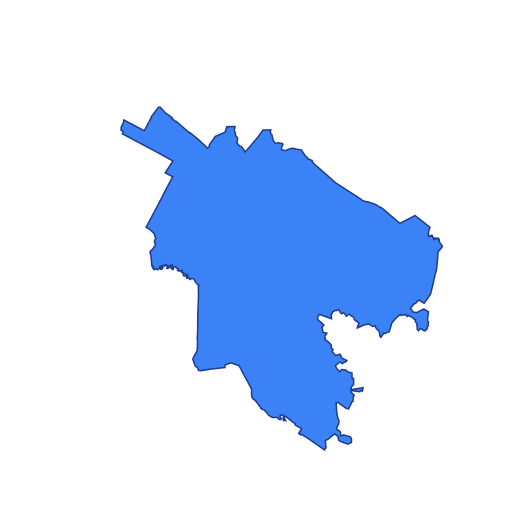 Bikstu pag., Dobele, Latvia, rotated 36°
{"feature_id": "27541924B53901275310050", "entity_name": "Bikstu pag.", "entity_type": "district", "adm_level": 2, "iso_a3": "LVA", "parent_name": "Latvia", "parent_adm1": "Dobele", "projection": "albers", "projection_center": [22.941, 56.67], "detail": "fine", "context": "isolated", "style": "filled", "palette": "blue", "viewbox_px": 512, "rotation_deg": 36, "n_neighbors": 0, "source": "geoboundaries", "source_scale": "gbopen_adm2", "svg_char_len": 6144}
<svg xmlns="http://www.w3.org/2000/svg" viewBox="0 0 512 512"><g transform="rotate(36 256 256)"><path d="M130.0,195.5L112.5,194.0L112.5,194.5L106.8,194.1L106.9,193.5L103.3,193.3L99.2,193.5L90.8,192.0L89.7,193.0L89.5,204.1L89.3,204.2L89.9,205.7L92.0,220.3L69.2,223.6L70.3,225.8L71.2,231.0L73.0,233.7L75.1,233.1L75.4,233.3L76.1,235.7L114.2,230.3L132.9,228.0L133.7,242.1L142.0,240.9L144.0,255.0L146.7,272.2L150.2,297.4L154.8,296.9L160.4,297.7L164.6,300.8L164.9,303.2L166.1,304.9L168.2,306.0L168.3,306.8L168.2,308.9L168.5,311.5L167.7,313.4L168.0,315.4L170.2,316.9L177.7,325.3L177.9,324.8L178.4,324.8L179.1,325.3L179.6,326.4L180.7,326.2L181.1,326.5L181.1,327.0L181.5,327.0L182.0,326.1L183.4,325.0L184.7,324.8L184.7,324.0L185.2,322.8L185.9,322.4L186.6,322.9L187.2,322.5L187.3,321.7L186.3,321.4L187.5,321.4L187.8,321.2L187.7,320.3L186.6,319.5L185.4,320.8L185.2,321.6L184.7,321.7L184.4,321.3L184.8,321.1L185.4,319.4L186.7,318.0L187.3,317.7L188.1,317.9L188.2,317.0L187.5,316.6L187.4,316.3L187.5,316.1L189.4,315.9L189.9,316.4L190.3,315.7L190.3,315.3L190.7,315.4L191.0,316.9L191.1,317.6L190.9,318.1L191.1,318.5L191.4,318.5L192.5,316.7L192.5,315.7L193.4,315.0L193.2,314.6L192.4,314.1L192.4,313.7L192.5,313.3L193.4,312.4L194.1,312.8L194.6,313.8L194.6,314.5L194.3,315.3L194.5,315.8L196.5,315.9L197.0,315.6L196.9,315.2L196.1,314.5L195.8,313.5L197.4,311.6L197.9,311.8L198.3,312.6L199.5,312.6L200.7,312.1L201.2,312.8L201.1,313.9L201.4,313.9L203.6,312.8L203.8,312.5L203.9,311.6L204.6,311.0L205.3,311.4L205.3,312.6L205.7,313.1L206.2,313.1L207.2,312.2L208.4,312.2L208.1,313.3L208.2,313.9L208.9,314.6L210.9,313.6L211.0,312.9L210.4,311.7L211.1,311.3L211.9,311.5L212.6,312.4L212.7,312.8L212.4,313.4L212.5,314.2L213.1,314.7L213.6,314.5L214.2,313.2L214.5,312.9L215.1,312.9L215.8,313.8L216.2,313.9L216.6,313.6L217.2,311.8L219.3,311.2L223.0,312.9L224.7,313.2L225.9,313.1L226.7,313.9L227.4,313.6L227.3,314.6L232.8,321.9L242.9,337.0L252.8,350.9L257.3,357.8L257.8,358.1L259.0,359.6L264.1,367.2L264.6,372.2L265.0,374.7L265.5,376.6L271.4,380.7L274.3,380.7L276.3,382.2L278.1,381.8L284.1,376.0L284.0,375.8L296.4,364.5L295.1,362.4L298.5,357.2L306.8,354.7L330.7,366.3L334.1,371.1L336.4,373.0L338.7,373.5L340.4,373.2L341.7,373.8L343.2,374.0L344.7,374.7L345.7,374.8L346.4,375.4L348.4,375.5L349.5,376.5L350.7,376.5L352.9,375.8L358.2,376.7L359.9,377.4L363.8,377.1L365.5,376.1L366.4,375.1L367.9,374.3L368.7,374.2L369.8,374.6L371.8,374.2L372.3,373.5L372.0,372.8L371.1,372.4L370.3,372.3L369.2,370.8L369.3,370.2L371.7,368.7L372.0,368.7L373.5,371.6L375.0,373.0L375.4,372.3L376.7,371.6L374.6,370.9L374.0,370.4L373.7,369.6L373.9,368.7L374.4,368.3L376.4,368.6L376.6,368.4L380.0,368.7L380.7,368.5L384.2,368.9L385.9,368.5L386.2,368.5L386.8,369.5L387.5,369.7L391.8,369.2L392.3,368.8L394.5,369.3L394.8,374.5L397.4,374.4L397.4,373.5L405.8,373.0L425.5,372.6L425.4,372.0L425.3,369.9L420.5,364.5L421.9,362.2L424.1,353.8L428.0,353.7L431.1,356.4L433.6,356.3L440.9,354.2L442.8,350.9L441.3,348.4L438.9,346.8L431.8,349.3L431.5,350.3L430.2,351.9L428.1,349.0L427.0,348.6L423.0,348.7L422.0,346.4L421.7,343.9L420.6,341.2L418.3,339.4L417.3,339.0L412.7,334.5L407.1,327.5L408.5,326.3L418.1,326.3L420.8,325.4L419.4,317.4L419.9,316.2L417.7,313.5L417.3,311.0L412.6,310.2L412.1,308.9L419.8,304.8L419.7,303.3L421.5,302.9L420.0,299.6L411.4,308.3L410.5,306.8L410.1,305.6L410.5,302.5L406.9,297.7L405.6,298.5L402.4,294.2L399.7,295.4L397.3,295.7L395.8,295.4L391.9,297.6L391.8,300.4L387.5,299.7L384.7,298.0L385.8,293.5L387.0,292.2L389.1,292.4L389.8,290.0L390.8,289.1L390.9,287.1L385.8,288.1L381.6,286.1L378.9,289.6L374.0,288.8L373.3,286.3L371.4,286.2L370.7,285.7L369.1,283.6L364.5,282.9L361.2,283.1L360.8,282.1L359.8,281.6L358.8,280.4L358.7,276.8L355.0,278.3L351.1,274.6L351.6,272.5L351.4,271.9L347.3,271.4L343.1,271.3L343.1,270.7L341.5,268.6L341.8,265.9L354.0,262.4L351.2,259.1L351.4,258.6L351.2,257.3L351.0,256.5L351.2,255.6L352.2,253.5L352.6,253.1L353.4,252.8L353.8,251.1L354.1,250.7L356.8,251.9L359.1,252.5L359.5,251.9L359.7,251.1L360.3,250.5L362.6,250.7L364.1,251.7L364.6,251.4L365.2,248.9L366.0,248.3L368.3,248.5L370.1,248.1L371.6,248.5L372.4,249.3L373.8,249.8L374.6,249.9L376.1,249.6L379.0,249.9L379.1,250.2L379.3,252.7L380.3,254.7L384.1,248.1L387.4,244.7L391.9,244.4L393.4,242.5L395.7,243.9L400.4,244.8L403.1,247.9L404.9,248.4L404.7,243.1L405.9,243.0L407.1,240.6L408.3,239.3L407.1,235.3L405.3,230.6L405.7,225.3L406.1,222.0L407.2,218.6L408.3,218.8L409.5,217.3L411.1,216.1L411.4,215.3L413.8,216.2L414.1,214.9L414.3,214.7L418.3,213.8L420.8,214.1L422.6,213.7L422.8,213.8L422.8,214.8L423.0,215.1L424.1,215.7L425.6,215.8L429.6,220.6L431.2,221.0L431.5,219.6L431.3,218.8L432.9,217.5L433.5,217.8L436.1,217.7L436.8,217.0L437.3,214.5L436.1,212.3L436.4,211.6L434.2,207.9L432.7,207.7L428.4,199.8L422.9,200.2L419.3,207.3L415.8,209.0L411.6,207.3L412.0,204.7L411.9,202.6L413.1,199.8L413.1,198.4L413.9,195.8L419.8,195.4L419.8,189.4L419.7,189.4L419.6,184.3L416.6,176.8L411.6,165.3L410.3,161.4L404.6,151.6L400.9,145.7L401.3,138.7L396.1,136.8L395.1,135.6L394.6,135.7L394.2,135.4L394.2,134.7L392.9,134.5L392.5,135.8L391.6,135.3L390.9,136.0L390.3,136.5L390.9,137.4L390.8,137.9L390.4,138.2L389.9,138.0L389.1,136.8L387.6,136.7L386.3,135.7L386.0,135.9L386.3,136.5L386.1,136.8L385.8,137.2L385.2,137.1L384.7,137.8L384.8,138.2L384.2,138.4L382.9,137.9L383.0,137.6L382.3,136.0L381.6,135.6L379.8,130.5L360.9,129.8L353.2,145.0L330.1,143.2L324.0,144.1L323.3,143.9L321.0,144.4L314.2,146.6L311.4,148.1L309.1,148.5L304.3,148.5L277.9,150.0L249.7,147.4L246.1,146.7L245.6,146.0L245.2,145.7L240.7,147.0L240.4,146.4L237.3,146.1L230.5,143.5L225.5,146.0L222.5,147.1L219.6,150.4L218.6,152.5L217.9,153.3L214.6,155.1L213.0,153.5L212.3,150.1L211.3,149.4L208.4,151.0L207.3,151.2L206.9,152.5L204.5,153.4L201.4,151.9L197.6,148.6L196.4,148.5L194.7,147.1L193.7,145.2L192.8,146.1L187.7,149.8L187.6,159.0L186.7,171.7L186.0,178.2L181.4,176.4L179.8,176.0L178.2,176.7L174.2,175.8L171.9,171.4L168.4,170.4L167.0,168.6L165.1,167.6L163.7,165.7L163.9,165.5L162.9,163.6L156.4,168.5L158.2,174.1L152.7,183.3L152.8,183.4L152.9,192.9L152.8,193.3L153.7,194.3L153.8,195.0L153.5,197.2L140.9,195.6L130.0,195.0L130.0,195.5Z" fill="#3b82f6" stroke="#1e3a8a" stroke-width="1.5"/></g></svg>